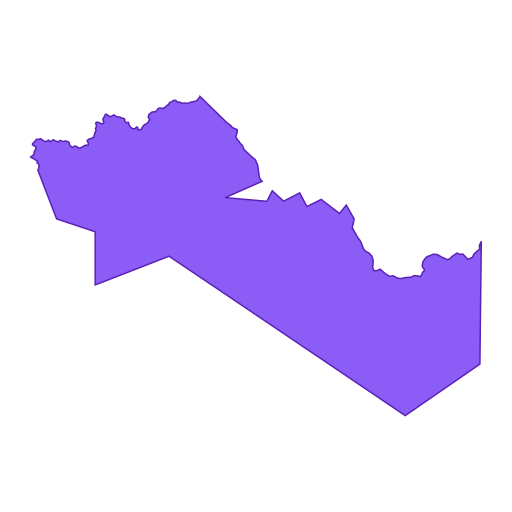 the district of Tambul/Nebilyer District, Western Highlands, Papua New Guinea
{"feature_id": "67681753B52685318346080", "entity_name": "Tambul/Nebilyer District", "entity_type": "district", "adm_level": 2, "iso_a3": "PNG", "parent_name": "Papua New Guinea", "parent_adm1": "Western Highlands", "projection": "mercator", "projection_center": [144.032, -5.998], "detail": "fine", "context": "isolated", "style": "filled", "palette": "violet", "viewbox_px": 512, "rotation_deg": 0, "n_neighbors": 0, "source": "geoboundaries", "source_scale": "gbopen_adm2", "svg_char_len": 3378}
<svg xmlns="http://www.w3.org/2000/svg" viewBox="0 0 512 512"><path d="M346.3,205.1L339.4,213.4L321.2,199.4L306.9,206.5L299.7,192.9L283.6,201.2L272.3,190.8L266.9,201.3L225.2,197.6L262.1,181.3L259.5,178.1L257.7,165.5L255.4,159.8L250.9,156.0L243.9,149.4L243.3,147.5L242.0,145.0L240.3,143.5L238.9,141.2L237.3,139.7L235.8,136.6L236.6,134.4L237.1,132.1L237.3,129.7L232.3,127.5L231.1,125.9L229.1,124.3L226.8,122.6L199.9,96.4L199.6,97.3L197.5,99.6L197.2,100.6L193.4,101.7L192.4,101.8L189.9,102.4L188.6,103.1L187.3,103.4L185.4,103.0L182.6,103.3L179.0,102.0L177.1,102.0L176.5,101.3L175.9,100.5L174.7,100.2L173.4,100.4L171.7,101.9L169.8,102.3L168.4,104.7L167.4,105.2L166.2,106.0L165.5,107.0L164.8,107.5L162.5,108.4L162.1,108.4L160.7,108.1L159.0,108.1L158.2,108.5L157.3,109.7L155.8,111.6L153.7,111.8L151.7,112.2L150.2,113.5L149.0,114.4L148.2,116.9L148.2,117.3L149.7,119.2L148.3,121.9L146.8,123.7L145.3,124.2L144.2,124.8L143.6,125.8L142.6,126.8L141.9,128.0L141.0,129.9L140.4,129.9L139.0,129.5L138.2,130.0L137.8,128.7L137.6,127.3L137.1,127.0L136.3,127.1L135.6,128.2L134.7,128.6L133.4,128.8L132.0,128.3L130.8,127.6L128.7,124.3L128.8,123.2L128.4,122.4L126.0,122.6L124.5,120.5L124.7,119.3L124.0,118.6L121.4,117.8L119.5,117.0L117.5,116.9L116.4,116.6L114.0,114.9L113.1,115.2L112.4,115.8L110.6,116.6L109.4,116.3L107.0,114.6L105.6,114.2L105.2,114.6L104.8,115.8L103.4,118.2L102.9,119.3L103.1,120.4L103.9,122.3L103.1,123.5L102.1,124.0L100.1,123.0L97.5,122.1L96.5,122.3L95.8,122.9L95.7,123.5L96.3,124.6L96.3,126.9L95.8,127.8L95.5,128.7L95.8,129.7L96.1,130.9L95.4,131.8L94.9,132.6L94.8,133.6L94.3,134.9L93.9,136.8L93.0,137.5L91.7,138.3L90.2,138.6L89.2,139.0L87.4,140.2L87.1,141.0L88.3,142.9L88.3,143.6L88.1,145.2L87.5,145.5L86.1,145.1L85.3,145.3L84.2,145.7L82.7,146.8L80.7,147.7L79.4,148.1L78.1,147.9L77.1,146.6L75.0,146.1L74.0,146.3L73.4,146.8L72.7,147.5L71.9,147.2L71.2,146.4L70.3,146.1L69.8,145.5L69.2,142.7L68.7,142.1L67.1,141.3L65.2,141.0L63.8,141.4L62.3,141.3L60.5,140.5L59.5,140.6L59.0,141.4L58.6,142.0L57.7,141.8L56.2,141.1L55.1,140.9L54.1,140.2L53.4,139.8L52.4,140.2L51.5,140.9L50.6,141.7L49.5,141.5L49.0,140.3L48.4,140.2L46.2,141.5L44.8,141.5L44.5,141.5L43.9,140.8L41.8,139.8L40.9,138.7L37.9,139.4L36.3,139.3L36.0,139.7L35.8,140.4L32.5,143.8L32.5,144.9L33.6,145.5L35.2,146.4L35.9,147.5L35.7,149.3L34.4,151.3L34.0,153.3L33.8,154.5L32.4,155.8L30.7,157.0L30.8,157.4L32.0,157.8L37.0,160.8L37.4,161.2L37.2,162.1L37.1,162.8L37.7,163.4L38.6,164.0L38.9,165.0L39.0,166.5L38.6,168.4L38.4,169.2L37.8,170.0L56.6,218.9L95.2,231.8L95.2,284.9L116.4,276.7L169.0,256.2L237.4,302.3L340.5,371.9L405.2,415.6L479.9,364.1L481.3,241.4L479.4,245.4L479.6,249.2L477.3,251.0L474.0,254.0L472.4,257.4L467.8,259.3L465.5,256.8L462.9,254.1L459.8,254.3L457.1,253.1L454.8,254.5L451.7,256.7L450.0,258.8L447.3,259.6L441.8,257.1L437.4,254.6L433.2,254.2L430.2,255.6L427.0,256.6L424.8,258.9L422.8,262.1L422.6,264.0L422.2,265.5L422.8,267.7L424.2,268.9L424.4,270.4L422.6,272.4L420.6,276.6L417.1,275.8L414.0,275.6L411.3,277.2L407.4,277.4L404.6,277.7L401.5,278.5L398.0,278.3L394.9,276.7L392.8,275.7L390.2,276.5L386.4,274.5L383.2,271.9L380.2,269.2L377.2,270.5L374.0,270.8L372.6,267.4L373.0,264.2L373.2,260.3L371.8,256.0L369.2,253.2L365.1,250.8L363.4,248.6L362.3,245.7L361.4,243.1L360.0,240.5L357.6,237.3L356.0,234.3L354.2,231.3L352.2,227.4L353.3,223.5L354.1,218.9L346.3,205.1Z" fill="#8b5cf6" stroke="#5b21b6" stroke-width="1.5"/></svg>